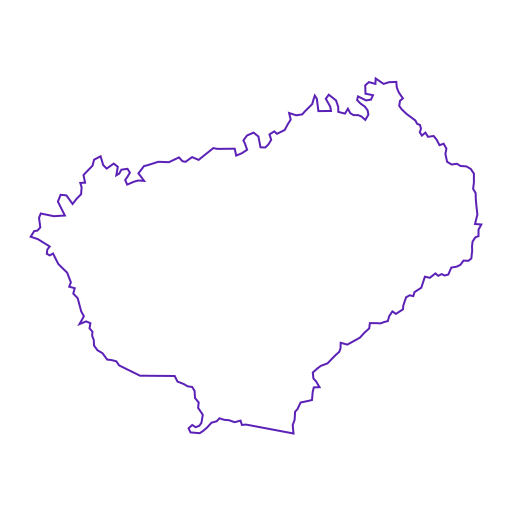 São Martinho da Serra, Rio Grande do Sul, Brazil
{"feature_id": "56859067B1890205417469", "entity_name": "São Martinho da Serra", "entity_type": "district", "adm_level": 2, "iso_a3": "BRA", "parent_name": "Brazil", "parent_adm1": "Rio Grande do Sul", "projection": "natural_earth1", "projection_center": [-53.88, -29.477], "detail": "fine", "context": "isolated", "style": "outline", "palette": "violet", "viewbox_px": 512, "rotation_deg": 0, "n_neighbors": 0, "source": "geoboundaries", "source_scale": "gbopen_adm2", "svg_char_len": 3289}
<svg xmlns="http://www.w3.org/2000/svg" viewBox="0 0 512 512"><path d="M478.5,236.1L478.5,229.7L481.3,224.5L475.0,224.0L477.4,214.5L476.5,206.9L475.8,199.4L475.6,193.0L473.1,188.8L473.9,182.7L473.9,173.6L470.7,168.9L466.4,166.4L460.6,166.0L457.0,163.8L451.6,164.5L447.1,161.8L445.4,153.9L446.4,148.6L443.6,143.7L439.5,145.2L436.7,139.8L433.7,136.0L428.0,136.8L425.4,132.6L421.9,135.6L419.8,132.3L421.0,128.6L420.0,125.0L417.1,123.8L415.4,120.5L406.5,113.9L401.7,109.3L399.2,105.9L400.0,100.8L402.9,98.4L398.7,92.3L396.8,87.5L396.3,81.9L389.0,82.2L383.6,83.9L375.7,78.5L375.4,83.9L368.9,82.1L365.2,85.4L365.5,93.7L373.0,95.2L371.0,99.6L366.1,100.4L358.0,96.4L357.1,100.1L360.4,103.4L364.8,106.6L367.6,110.3L368.4,114.7L365.3,119.9L361.3,116.4L358.1,115.1L353.5,115.1L350.3,113.2L347.9,108.7L345.0,113.6L338.3,111.9L338.2,106.8L336.0,100.4L328.8,94.7L325.8,98.7L330.3,106.8L331.0,111.0L327.2,111.0L318.4,111.1L316.8,98.7L314.8,95.6L313.6,99.2L312.2,104.1L304.8,111.5L302.2,114.4L296.2,115.3L289.1,113.0L290.7,119.6L287.8,124.2L284.7,130.0L277.0,133.8L274.3,131.4L269.5,134.4L271.2,139.8L268.3,144.6L265.2,147.5L260.5,147.3L258.4,136.5L253.6,132.6L247.0,135.5L243.4,140.4L245.0,143.7L247.1,149.8L241.7,153.3L236.2,155.6L234.7,148.7L217.6,148.9L213.3,148.1L198.6,159.9L192.1,157.1L185.6,161.8L182.4,161.2L179.0,157.4L168.9,162.2L158.3,161.8L147.9,165.1L144.0,166.1L138.4,173.4L140.7,176.3L144.1,180.9L138.2,180.5L134.0,181.7L127.2,184.6L125.2,180.0L127.5,176.7L129.9,172.7L127.5,168.8L121.4,169.7L119.2,173.6L116.3,175.3L117.8,166.8L113.7,163.6L106.7,168.6L103.2,165.1L100.6,156.3L94.1,159.7L92.5,165.7L83.5,175.0L85.1,182.7L80.3,182.9L81.6,187.3L81.1,194.2L76.5,198.9L72.6,204.0L66.4,195.4L60.6,194.8L57.9,201.6L62.5,210.8L64.9,215.5L53.8,216.2L40.8,213.5L39.0,217.8L40.3,227.4L37.4,230.6L34.2,231.1L30.7,236.7L38.0,239.2L49.7,246.5L47.3,249.6L46.8,253.8L49.8,255.4L53.0,253.5L58.3,264.0L63.9,269.5L67.1,272.6L70.9,282.4L69.2,286.7L74.7,288.2L73.3,293.6L77.7,298.2L81.2,311.4L83.9,316.2L81.7,320.2L79.5,324.1L86.1,321.4L90.4,323.2L89.5,328.3L92.4,331.6L92.2,335.9L93.8,340.1L94.0,345.5L97.4,350.2L102.5,353.2L107.2,359.6L111.2,360.0L116.3,361.3L119.1,365.4L140.0,375.7L174.7,376.0L177.5,381.6L183.5,383.9L187.6,386.3L192.2,387.0L194.6,390.9L195.0,398.0L198.7,402.5L198.1,407.8L202.8,414.8L201.4,422.9L199.3,425.8L195.7,427.2L192.2,425.0L188.6,428.3L190.5,432.4L194.0,432.7L199.7,433.2L203.0,431.0L207.0,427.6L211.5,422.7L216.6,421.3L219.5,418.3L224.1,419.8L228.9,420.2L234.7,422.2L240.5,420.6L241.9,424.9L246.1,424.6L250.5,425.4L293.5,433.5L292.7,425.1L294.6,419.8L295.1,411.7L297.5,409.1L300.6,402.5L307.9,401.0L312.0,400.0L312.7,392.0L313.8,387.4L319.5,387.2L316.1,381.4L313.4,378.5L312.8,372.5L317.1,368.7L320.9,365.8L327.5,363.4L332.0,358.7L335.9,354.8L339.2,351.9L340.5,348.4L340.7,342.8L347.4,344.6L360.0,337.6L364.1,333.0L369.2,328.4L369.9,323.1L376.1,323.1L380.5,323.4L384.2,322.0L387.8,321.1L389.2,316.2L392.4,311.4L395.9,313.9L403.0,309.3L403.3,305.5L406.1,297.3L409.7,295.3L413.3,296.1L414.5,292.1L421.3,287.7L424.9,276.7L429.8,277.8L435.5,273.4L438.2,275.8L441.7,274.1L444.7,275.5L448.3,274.5L451.3,267.6L456.8,266.6L460.4,264.8L463.5,260.6L468.4,260.8L471.3,258.5L472.2,250.6L472.0,246.3L472.6,241.5L475.3,237.4L478.5,236.1Z" fill="none" stroke="#5b21b6" stroke-width="2"/></svg>